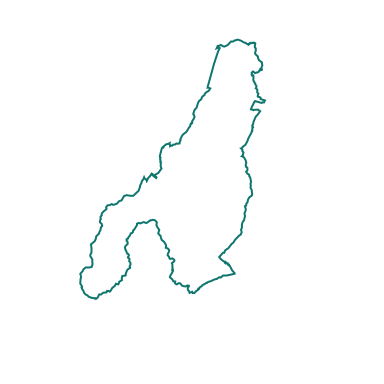 Darmanesti, Bacau, Romania, rotated 317°
{"feature_id": "2599482B46065008984016", "entity_name": "Darmanesti", "entity_type": "district", "adm_level": 2, "iso_a3": "ROU", "parent_name": "Romania", "parent_adm1": "Bacau", "projection": "equal_earth", "projection_center": [26.342, 46.329], "detail": "fine", "context": "isolated", "style": "outline", "palette": "teal", "viewbox_px": 384, "rotation_deg": 317, "n_neighbors": 0, "source": "geoboundaries", "source_scale": "gbopen_adm2", "svg_char_len": 6094}
<svg xmlns="http://www.w3.org/2000/svg" viewBox="0 0 384 384"><g transform="rotate(317 192 192)"><path d="M49.1,204.7L51.0,204.9L54.2,203.6L55.5,204.9L58.4,205.1L60.9,207.1L62.1,206.4L62.7,206.6L63.6,207.7L63.8,208.7L64.4,208.9L68.3,207.8L71.8,208.0L73.8,207.2L75.0,209.2L75.7,209.1L77.6,208.0L80.6,208.7L81.9,207.1L83.8,205.9L86.5,207.8L88.1,206.4L91.1,205.0L92.3,204.8L94.9,205.3L95.3,205.0L95.5,204.0L97.9,202.9L98.6,201.9L98.9,199.7L100.4,198.6L100.8,197.8L100.4,197.0L100.6,196.0L102.3,195.5L102.8,195.1L103.1,193.9L102.6,192.9L102.8,192.0L103.6,190.6L103.9,188.8L104.3,188.5L105.1,186.8L106.4,186.2L109.7,186.0L111.1,184.1L110.8,183.2L112.0,181.9L113.5,182.4L114.2,181.9L117.2,181.4L119.0,180.5L120.2,181.1L121.7,180.9L123.0,179.9L124.0,180.1L129.2,178.7L130.1,177.7L132.0,178.3L132.8,179.8L135.7,180.8L136.4,181.4L137.1,183.1L137.8,183.7L142.6,184.4L142.9,185.0L144.2,185.5L145.2,186.6L145.6,187.4L145.7,189.8L145.2,190.6L143.6,191.7L142.7,193.9L142.2,197.4L139.1,199.2L138.9,201.2L139.2,202.3L138.0,204.4L137.2,206.4L137.6,209.3L137.0,212.4L136.4,213.8L134.8,214.9L135.8,216.8L135.7,219.0L134.1,220.1L132.6,220.5L131.0,221.7L131.1,223.6L130.4,224.8L130.3,225.9L130.8,226.4L132.2,227.0L132.8,229.1L132.5,230.1L131.6,230.5L128.8,230.3L128.2,231.7L126.3,233.7L125.9,234.7L124.3,235.3L124.2,235.8L124.7,236.4L124.5,236.7L118.4,238.7L117.7,239.2L118.0,242.7L117.4,244.5L118.7,246.0L117.4,247.0L117.6,248.8L118.3,249.4L119.9,249.5L120.4,249.9L121.1,251.0L120.8,253.5L121.5,255.0L122.9,256.7L124.7,257.1L125.8,258.4L125.4,258.9L123.6,259.1L122.5,260.4L122.1,261.3L122.2,262.7L121.4,264.1L124.1,265.1L123.6,266.4L124.8,267.5L127.7,267.3L129.3,267.7L129.9,267.2L130.7,267.6L131.0,267.0L132.0,267.4L133.1,267.0L134.8,267.6L135.7,267.2L137.3,267.5L138.3,268.0L139.9,268.1L141.2,268.8L141.8,268.6L143.2,269.1L144.3,269.8L149.0,271.4L150.7,272.4L153.9,273.0L154.8,274.2L157.6,274.2L160.8,277.0L168.2,281.3L167.8,280.9L167.9,276.8L169.2,272.0L169.3,271.4L168.8,270.6L169.5,270.2L169.0,269.2L169.5,268.4L168.2,267.5L168.7,267.1L168.9,266.0L168.0,265.9L168.3,265.4L167.6,263.1L167.3,260.4L167.6,258.1L172.7,257.6L173.4,257.6L174.1,258.4L176.6,257.3L180.4,257.9L185.4,257.0L187.6,257.2L191.2,256.3L196.9,256.0L198.6,256.4L200.9,255.3L202.2,253.0L204.4,252.0L205.3,250.8L207.4,249.1L209.3,248.3L210.5,248.3L214.3,245.8L215.8,243.4L218.3,242.3L219.7,241.2L221.0,238.5L222.4,238.8L223.6,237.7L225.9,237.2L227.4,236.0L229.4,235.2L230.5,235.0L232.8,235.4L234.1,235.1L237.0,231.3L237.7,228.8L239.7,227.1L240.2,226.0L242.1,224.9L243.9,222.0L244.5,221.0L244.6,219.6L245.6,218.3L245.0,216.1L245.5,214.0L247.1,214.0L248.0,213.3L249.1,211.8L248.7,210.9L248.8,210.1L249.8,208.8L251.8,207.5L252.9,205.2L253.6,202.2L253.5,201.4L252.8,199.8L254.6,199.8L255.1,199.1L256.6,198.2L256.7,196.4L257.7,195.5L257.6,193.6L258.4,194.0L260.0,193.6L263.3,193.9L266.9,192.7L269.6,191.3L277.6,188.5L277.5,188.1L279.1,187.2L279.5,186.6L280.8,186.3L280.6,185.6L281.1,185.5L281.5,184.4L282.8,184.1L285.1,182.5L290.2,180.3L292.5,180.3L296.9,179.4L296.5,176.8L292.8,173.7L292.6,173.8L291.5,171.7L293.1,170.9L299.1,168.6L299.4,168.8L300.1,168.5L303.7,174.4L304.7,174.5L305.7,175.6L307.8,174.8L305.6,170.9L306.5,169.6L306.0,168.4L305.3,167.7L305.3,166.8L307.6,165.3L307.7,163.5L309.5,161.8L309.6,160.8L309.4,159.6L310.1,159.5L311.4,158.5L311.7,156.4L312.4,155.7L312.2,154.7L312.8,153.5L312.8,152.6L313.5,151.5L314.5,150.8L316.4,148.6L315.3,147.8L315.6,146.9L316.7,146.1L316.9,145.5L318.5,145.3L318.8,145.4L319.3,148.0L319.9,148.4L320.7,148.6L321.6,149.4L322.8,149.5L326.0,148.6L326.2,149.0L325.3,149.3L325.1,149.7L326.5,150.3L327.6,148.4L329.8,147.4L330.7,145.7L331.5,145.0L330.9,141.1L331.7,139.0L332.6,137.8L332.4,134.7L332.8,133.4L335.1,132.1L336.6,130.4L336.6,129.2L336.9,128.6L339.7,126.4L339.3,125.1L338.5,124.9L338.5,124.6L337.6,123.8L337.2,123.9L336.2,123.1L334.5,122.9L335.2,122.4L333.8,122.1L333.1,121.1L333.0,119.6L332.2,118.5L331.4,116.3L331.3,115.3L329.5,111.9L328.1,111.0L327.3,110.9L326.4,110.1L325.2,110.1L324.4,109.8L323.1,108.5L318.3,108.9L314.8,107.7L314.0,106.4L313.4,104.1L311.9,103.7L310.4,102.7L308.1,103.7L310.0,104.4L310.4,105.7L307.1,106.9L295.5,113.3L275.5,125.6L274.6,126.3L275.0,126.5L276.0,128.7L273.4,129.4L269.6,128.7L267.7,129.2L267.3,129.6L264.6,129.3L261.7,130.5L259.4,130.2L257.3,130.9L252.7,133.5L249.9,133.7L246.5,135.5L245.9,136.2L246.1,136.8L245.2,138.7L243.4,139.6L240.5,140.3L239.4,141.5L238.9,141.1L237.9,141.3L237.6,141.4L237.7,141.7L236.6,141.7L235.5,142.7L233.8,142.8L229.0,144.2L224.4,143.8L222.6,144.3L219.2,145.6L219.0,146.3L217.1,147.1L216.0,148.0L214.8,147.2L213.5,145.8L212.3,145.9L210.6,144.6L209.1,144.6L208.7,144.1L207.2,143.6L207.9,142.7L208.1,142.9L208.0,141.5L208.9,141.0L207.3,140.5L205.7,139.5L202.7,139.3L201.7,139.8L201.7,139.3L200.0,139.3L193.1,143.7L192.6,144.3L192.5,145.0L192.2,144.9L191.2,146.5L190.6,146.7L190.5,147.4L189.4,148.5L189.5,148.8L189.2,148.8L189.2,149.3L186.6,151.9L185.7,154.0L180.4,155.1L176.5,154.2L175.8,154.7L176.0,156.4L175.6,156.8L175.8,157.1L175.2,157.3L175.0,155.4L175.5,155.4L175.5,154.8L174.8,154.5L174.6,152.8L175.1,152.7L175.1,152.2L175.4,152.0L175.0,151.0L171.4,151.9L169.8,151.8L166.4,153.1L167.0,151.4L166.5,150.0L167.0,148.6L165.4,149.4L162.7,149.9L161.0,151.0L158.4,151.9L157.1,153.0L153.7,154.7L146.4,154.7L144.3,152.7L142.2,149.9L139.6,148.6L134.7,150.1L132.5,149.0L129.0,149.3L125.7,147.8L125.1,146.1L122.9,145.5L121.0,144.1L118.8,144.6L118.1,145.9L117.7,146.2L114.3,145.9L111.7,146.1L110.5,146.8L110.1,147.5L108.2,147.8L107.3,148.6L107.0,149.5L106.2,149.7L104.2,151.0L104.0,151.7L104.2,153.8L103.3,155.5L101.2,155.8L99.1,157.4L96.7,158.2L95.7,159.0L91.8,159.1L89.4,160.8L87.4,161.6L82.4,161.4L79.9,164.9L78.0,166.9L76.7,168.0L75.5,168.2L74.0,169.3L73.0,173.5L71.5,175.0L70.1,176.9L67.6,178.4L65.1,177.0L63.0,174.8L62.5,174.7L59.9,174.5L58.1,175.3L54.6,175.6L52.8,178.7L51.4,179.4L47.8,182.8L47.2,186.1L46.9,186.5L46.1,186.5L45.5,188.0L45.1,190.4L44.3,192.1L44.3,194.3L44.9,195.9L45.2,198.7L46.0,199.8L46.4,201.2L47.5,202.0L48.0,202.9L48.0,203.4L48.8,203.6L49.3,204.3L49.1,204.7Z" fill="none" stroke="#0f766e" stroke-width="2"/></g></svg>